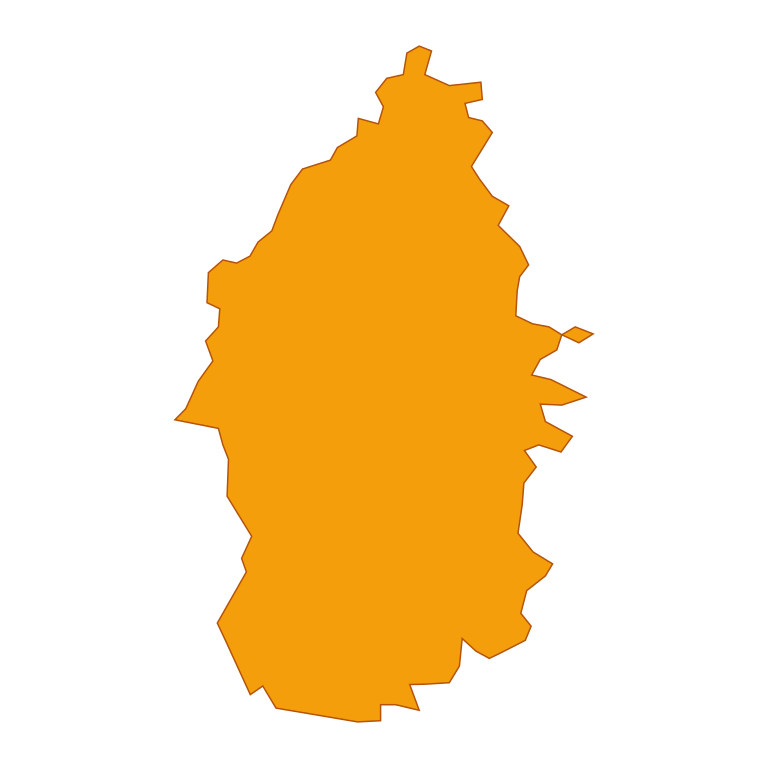 Iracema do Oeste, Paraná, Brazil (Mercator projection)
{"feature_id": "56859067B2510798775260", "entity_name": "Iracema do Oeste", "entity_type": "district", "adm_level": 2, "iso_a3": "BRA", "parent_name": "Brazil", "parent_adm1": "Paraná", "projection": "mercator", "projection_center": [-53.343, -24.432], "detail": "fine", "context": "isolated", "style": "filled", "palette": "amber", "viewbox_px": 768, "rotation_deg": 0, "n_neighbors": 0, "source": "geoboundaries", "source_scale": "gbopen_adm2", "svg_char_len": 1383}
<svg xmlns="http://www.w3.org/2000/svg" viewBox="0 0 768 768"><path d="M561.8,334.8L549.0,326.9L532.5,323.8L515.8,315.8L517.2,290.7L519.7,276.6L528.6,264.9L519.7,246.5L498.2,225.4L508.8,205.8L492.3,196.3L479.5,179.1L471.4,166.5L492.3,132.5L482.3,120.9L468.6,117.5L465.0,103.4L482.3,99.4L480.9,82.2L449.3,85.6L424.8,74.6L431.5,51.0L419.2,46.1L406.9,53.1L403.3,74.6L386.8,78.3L375.6,92.4L383.4,106.8L378.4,123.9L358.3,118.4L356.9,135.9L337.4,147.5L330.4,160.1L302.5,169.0L290.8,184.6L277.9,214.7L271.8,230.9L258.1,242.0L250.0,256.1L236.6,263.1L222.9,260.0L208.4,272.6L207.0,302.7L219.8,308.8L218.4,326.9L205.6,341.0L212.9,360.9L198.3,381.2L185.8,408.7L174.9,419.8L218.4,428.4L222.9,444.9L228.5,459.3L227.1,496.2L251.7,536.3L241.6,558.4L246.4,571.9L217.3,623.1L225.7,640.9L250.3,694.6L262.8,686.0L276.0,708.1L357.5,721.9L380.6,720.7L380.6,704.7L395.7,704.7L419.2,710.3L409.7,684.5L424.8,684.2L449.3,682.7L459.4,666.1L462.2,638.5L475.9,651.1L489.3,658.4L502.4,652.0L525.3,640.3L531.1,626.2L520.8,613.3L526.7,590.6L545.4,575.9L552.6,563.9L533.1,552.0L518.0,533.3L522.2,504.7L523.9,483.0L536.2,467.0L524.4,450.5L538.7,444.9L561.0,452.0L572.4,436.3L545.4,421.6L540.3,404.1L561.8,405.1L586.1,397.1L568.8,388.5L551.0,379.6L531.7,375.0L540.3,359.4L556.8,349.9L561.8,334.8ZM561.8,334.8L578.9,342.8L593.1,333.9L575.2,326.9L561.8,334.8Z" fill="#f59e0b" stroke="#b45309" stroke-width="1.5"/></svg>